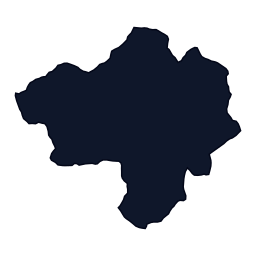 Itajobi, São Paulo, Brazil
{"feature_id": "56859067B98443143208394", "entity_name": "Itajobi", "entity_type": "district", "adm_level": 2, "iso_a3": "BRA", "parent_name": "Brazil", "parent_adm1": "São Paulo", "projection": "natural_earth1", "projection_center": [-49.057, -21.367], "detail": "fine", "context": "isolated", "style": "filled", "palette": "ink", "viewbox_px": 256, "rotation_deg": 0, "n_neighbors": 0, "source": "geoboundaries", "source_scale": "gbopen_adm2", "svg_char_len": 2683}
<svg xmlns="http://www.w3.org/2000/svg" viewBox="0 0 256 256"><path d="M179.9,200.3L183.5,200.6L185.6,199.2L185.8,195.8L183.6,189.4L183.2,186.8L183.8,178.9L184.3,175.7L185.3,171.6L187.4,167.9L189.8,170.2L192.4,173.6L194.3,175.1L197.7,175.3L201.4,174.9L204.1,174.1L206.0,174.8L208.7,174.4L209.8,170.4L210.8,166.1L211.0,162.8L210.8,160.3L209.2,154.2L210.8,152.9L221.4,145.3L223.8,143.6L226.5,141.0L229.7,138.8L232.3,137.9L236.0,135.4L238.6,132.7L240.6,130.7L239.3,126.6L238.1,123.8L236.2,121.3L232.4,120.4L231.0,117.8L229.1,115.4L227.1,112.9L226.6,108.9L227.9,104.5L228.4,100.2L230.2,97.0L231.1,94.3L229.2,92.1L228.7,89.6L228.5,86.8L227.0,84.2L226.5,81.4L226.2,76.1L228.2,73.8L227.8,71.2L225.9,68.6L223.0,66.6L219.9,64.5L217.7,63.0L215.7,62.1L213.8,61.6L211.3,61.1L208.1,59.5L205.0,58.5L201.7,56.6L200.1,54.0L198.3,50.2L197.1,47.8L194.8,47.5L193.0,48.3L190.9,49.4L188.6,51.1L186.9,52.4L185.6,55.3L183.2,57.6L181.5,60.7L178.0,62.4L176.5,60.0L175.0,57.6L172.4,55.4L170.9,52.8L169.0,49.5L167.1,48.1L167.6,43.2L168.4,39.2L167.3,36.3L164.5,34.4L161.5,32.8L158.3,30.8L156.1,29.6L152.3,29.7L149.2,29.1L147.1,28.2L144.3,27.9L141.5,28.2L137.9,27.9L134.0,27.5L131.4,32.9L129.3,35.0L127.7,36.9L127.0,39.9L122.8,44.2L118.9,47.5L114.7,49.4L111.7,51.2L111.0,53.9L110.1,58.3L106.8,61.4L104.4,63.1L102.5,63.5L99.7,64.5L97.5,67.0L93.7,70.1L90.8,71.6L88.7,72.8L85.6,71.8L83.0,71.2L79.7,69.2L77.9,67.4L74.2,65.7L70.4,64.3L67.1,63.2L64.1,63.3L60.9,64.7L58.0,65.3L56.0,68.1L53.9,70.0L52.3,71.5L49.2,72.3L47.1,74.8L45.7,76.7L43.4,76.8L41.4,77.3L39.5,78.4L35.8,79.4L33.0,81.4L30.3,82.7L28.6,85.1L27.4,87.4L26.4,90.3L24.2,91.3L21.1,92.5L19.1,93.9L15.7,93.2L15.4,95.7L16.7,100.7L19.8,109.3L21.5,112.0L22.3,115.2L23.6,118.6L27.1,121.5L29.0,123.6L32.1,123.4L35.6,123.7L38.5,122.2L42.2,123.2L44.8,123.6L47.0,126.5L48.3,131.3L48.7,135.1L50.1,137.3L51.9,139.2L53.0,142.7L54.8,146.3L55.6,148.6L53.5,151.0L51.7,153.5L50.3,157.9L51.5,160.2L55.5,162.4L58.0,164.9L62.5,165.5L64.8,165.6L72.0,165.4L74.5,163.4L77.1,163.7L79.1,165.1L85.3,163.8L89.3,163.5L92.2,163.3L95.3,164.1L97.3,163.8L99.9,161.4L103.1,159.9L106.8,159.9L110.1,160.5L112.9,160.9L116.4,161.1L118.9,161.2L120.9,162.8L121.7,165.2L121.6,168.4L121.7,171.7L121.7,175.9L122.3,178.1L124.2,180.8L127.4,183.5L127.2,186.5L127.7,189.1L127.7,193.1L124.6,196.3L123.6,199.7L122.3,202.1L120.2,205.7L118.3,207.7L120.7,210.8L122.5,213.8L124.4,216.9L126.3,218.6L129.4,220.7L132.9,223.5L135.9,226.1L139.3,227.5L141.7,228.0L145.2,228.5L146.4,226.4L146.9,224.1L151.1,222.4L153.5,222.0L157.5,222.0L161.0,221.1L163.3,218.0L166.1,215.7L168.5,213.8L169.7,211.3L171.8,208.1L173.9,206.2L175.2,204.1L177.8,201.2L179.9,200.3Z" fill="#0f172a" stroke="#020617" stroke-width="1.5"/></svg>